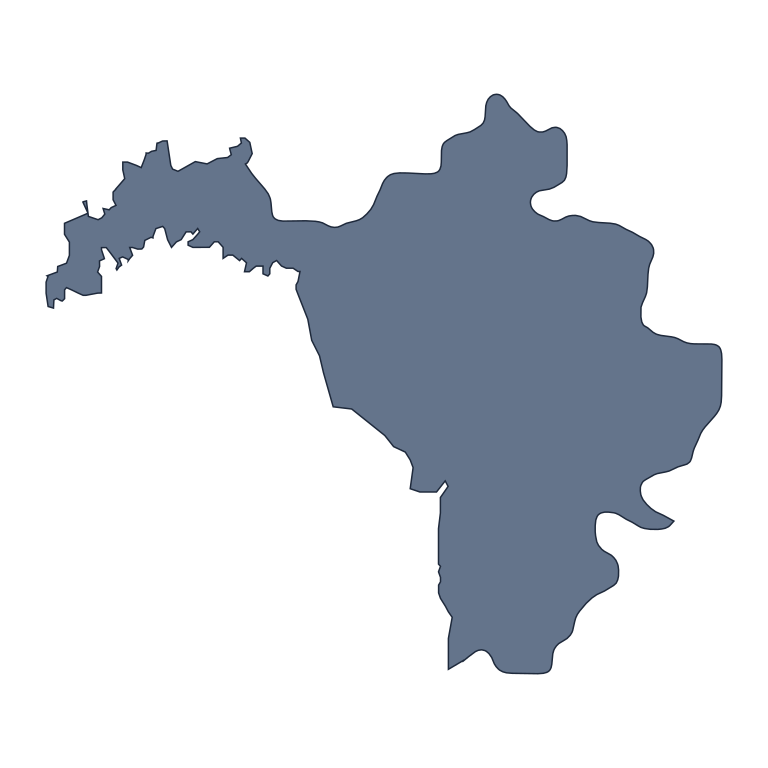 Comendador, La Estrelleta, Dominican Republic
{"feature_id": "3306468B70878351440693", "entity_name": "Comendador", "entity_type": "district", "adm_level": 2, "iso_a3": "DOM", "parent_name": "Dominican Republic", "parent_adm1": "La Estrelleta", "projection": "robinson", "projection_center": [-71.739, 18.919], "detail": "fine", "context": "isolated", "style": "filled", "palette": "slate", "viewbox_px": 768, "rotation_deg": 0, "n_neighbors": 0, "source": "geoboundaries", "source_scale": "gbopen_adm2", "svg_char_len": 6082}
<svg xmlns="http://www.w3.org/2000/svg" viewBox="0 0 768 768"><path d="M247.3,162.9L248.3,161.3L252.2,153.6L251.5,150.4L249.8,142.4L245.0,138.1L240.4,138.1L241.4,143.0L237.5,146.3L229.6,148.2L230.1,150.4L231.3,154.7L227.6,157.5L217.3,158.6L207.1,163.9L195.3,161.6L178.0,171.3L172.6,169.1L170.8,165.4L167.1,140.9L162.6,141.0L157.8,143.2L157.2,143.0L156.9,143.7L156.1,150.4L151.6,151.3L148.4,153.2L146.1,153.0L146.1,154.3L144.2,159.9L141.2,167.6L136.4,165.4L127.6,162.1L122.8,162.1L122.8,169.9L124.0,175.3L124.7,178.7L115.6,189.2L115.7,189.4L113.6,191.5L113.1,192.1L113.1,199.8L113.6,200.7L116.0,205.4L111.2,207.6L109.2,209.8L103.1,208.5L104.8,214.1L101.8,217.8L98.1,219.7L88.4,216.4L88.0,213.2L82.9,215.4L64.5,223.3L64.5,228.7L64.5,231.1L64.5,234.3L69.4,242.1L69.4,255.4L66.5,263.2L57.7,266.5L57.3,272.0L47.0,275.8L48.0,276.5L46.1,282.1L46.1,293.2L48.1,306.5L53.5,308.1L53.9,299.9L56.7,298.4L61.2,300.8L62.3,301.0L64.6,298.7L64.6,289.8L66.5,287.6L71.4,289.8L78.2,293.1L83.1,295.3L86.0,295.3L91.3,294.3L97.7,293.1L101.5,293.0L101.5,276.4L97.6,272.0L99.6,266.4L99.5,261.8L99.5,260.9L104.4,258.7L103.9,257.0L101.5,249.8L101.5,247.6L106.3,247.6L110.7,253.3L118.0,263.1L116.1,268.6L116.9,270.0L119.0,267.0L121.6,265.1L119.2,258.4L122.6,256.9L128.3,259.5L128.2,260.8L129.7,258.6L132.6,255.3L129.7,247.5L132.6,247.5L137.7,249.1L141.8,249.0L143.6,247.0L144.8,240.4L151.0,237.3L153.0,237.9L153.0,236.4L155.9,228.6L162.7,226.4L164.7,228.6L167.6,239.7L171.5,247.4L176.4,241.9L181.2,239.6L186.1,231.9L190.9,231.8L192.9,234.1L197.7,228.5L199.7,231.8L197.8,234.1L192.9,239.6L188.1,241.8L188.1,242.5L188.1,243.7L188.1,244.1L188.1,245.2L192.9,247.4L209.4,247.3L214.3,241.8L218.2,241.8L223.1,247.3L223.1,258.4L228.0,255.1L232.8,255.1L239.6,260.6L241.6,258.4L246.5,262.8L246.3,263.7L244.5,271.7L249.4,271.7L253.3,268.3L256.2,266.1L263.0,266.1L263.0,273.8L267.9,276.0L268.5,275.3L269.8,273.8L269.8,268.3L272.7,262.7L276.6,260.5L281.5,266.0L286.3,268.2L293.1,268.2L298.0,271.5L300.0,271.5L298.0,281.5L296.1,284.9L296.1,289.3L297.9,294.0L307.8,319.2L311.7,340.3L319.5,355.8L322.6,368.9L323.4,372.4L333.2,406.8L351.7,409.0L384.8,435.5L388.3,439.9L393.6,446.6L405.3,452.1L410.2,459.9L413.1,467.6L410.2,488.7L419.9,492.0L436.5,492.0L445.2,480.9L448.1,486.4L445.7,489.9L440.4,497.5L440.4,513.0L438.5,528.6L438.5,564.1L440.5,566.3L438.5,571.8L440.5,577.4L440.5,581.8L438.6,585.1L438.6,592.9L440.5,598.4L445.4,606.2L448.3,611.7L452.2,617.3L448.4,638.4L448.4,669.3L463.3,660.5L463.3,661.0L468.7,656.6L475.4,651.6L478.3,650.3L481.7,649.8L485.0,650.6L486.4,651.4L488.9,653.5L491.7,657.5L494.3,663.8L496.1,666.6L498.3,669.0L499.6,670.1L502.8,671.8L506.4,672.8L512.2,673.3L537.9,673.7L543.3,673.3L546.7,672.4L548.2,671.6L549.5,670.5L550.4,669.1L551.1,667.6L551.8,664.3L552.8,653.7L553.8,650.2L554.5,648.7L556.4,645.9L558.7,643.6L567.0,638.5L570.4,635.0L572.1,632.1L572.7,630.4L574.7,621.5L575.7,617.9L577.4,614.3L579.7,611.0L586.2,603.3L592.0,597.9L596.8,594.6L604.5,591.0L613.8,585.3L616.2,583.1L617.7,579.9L618.5,576.1L618.6,570.0L618.1,565.8L617.5,563.8L615.9,560.3L613.8,557.6L611.4,555.3L604.3,551.3L601.7,549.3L598.5,545.4L596.8,541.9L595.6,535.9L595.2,531.8L595.2,525.7L595.8,520.0L597.1,516.5L598.2,514.9L599.7,513.7L601.3,512.9L604.7,512.1L608.4,512.1L614.0,512.8L615.8,513.3L619.1,514.8L626.1,519.2L632.3,522.3L638.0,525.8L640.9,527.4L644.6,528.5L650.2,529.3L657.9,529.4L661.6,529.0L665.1,528.3L668.3,526.8L669.6,525.8L673.9,521.1L663.3,515.3L655.5,511.7L650.9,508.4L646.7,504.4L643.1,499.9L641.4,496.4L640.8,494.6L640.3,490.9L640.4,487.3L640.8,485.6L642.3,482.5L643.4,481.2L645.9,479.5L654.1,474.8L657.2,473.6L665.8,471.9L669.2,471.0L677.9,466.9L687.0,464.1L689.5,462.2L690.4,461.0L691.6,458.0L693.2,451.3L694.3,448.1L697.9,440.3L700.7,433.5L702.7,430.1L705.1,426.9L714.4,416.4L716.8,413.3L718.9,409.9L720.4,406.1L721.2,402.1L721.6,395.8L721.9,359.6L721.6,353.7L720.8,350.1L720.1,348.4L719.1,346.9L717.7,345.8L716.2,345.0L714.6,344.5L711.2,344.0L694.4,343.9L690.6,343.6L687.0,342.9L683.7,341.7L677.9,338.7L674.7,337.5L671.3,336.8L660.8,335.4L657.4,334.5L655.8,333.9L652.9,332.2L647.7,327.8L644.2,325.8L643.2,324.8L641.8,322.0L640.9,317.0L641.0,307.2L642.6,302.6L645.4,296.5L646.6,292.9L647.4,286.9L648.0,274.2L648.7,268.1L649.7,264.3L652.9,256.8L653.7,253.4L653.6,249.8L653.2,248.0L651.7,244.9L650.7,243.6L648.4,241.2L645.6,239.4L639.7,236.5L632.5,232.3L626.2,229.4L619.1,225.4L615.7,224.1L610.1,223.2L598.6,222.5L592.9,221.8L589.4,220.7L580.7,216.5L575.6,215.4L572.2,215.5L568.8,216.0L565.7,217.1L561.6,219.3L558.8,220.5L557.2,220.9L553.8,221.0L552.1,220.7L549.1,219.6L543.5,216.6L538.9,214.6L537.4,213.8L534.8,211.7L532.6,209.2L531.7,207.7L531.0,206.1L530.6,204.2L530.4,202.3L530.6,200.4L531.1,198.6L531.8,197.0L533.8,194.3L536.4,192.2L539.4,190.8L549.4,189.1L554.0,187.3L562.0,182.5L564.4,180.3L565.2,178.7L565.9,177.1L566.6,173.5L567.1,165.5L567.1,144.7L566.8,140.6L566.1,136.7L564.6,133.3L562.5,130.6L559.9,128.5L556.8,127.4L555.2,127.3L552.0,127.8L545.5,131.1L542.6,132.0L539.3,132.0L537.6,131.7L534.3,130.0L529.9,126.3L517.5,113.4L510.9,108.0L509.0,105.7L506.7,101.6L504.9,99.0L502.7,96.7L500.0,95.0L498.3,94.5L496.6,94.3L494.9,94.5L493.2,94.9L490.4,96.7L488.2,99.2L486.7,102.3L485.8,105.8L485.1,116.7L484.5,120.1L483.1,123.1L480.9,125.4L474.4,129.6L470.1,131.9L466.8,132.8L458.2,134.4L455.1,135.5L447.0,140.5L444.6,142.3L443.5,143.6L442.7,145.2L442.1,146.9L441.5,150.5L441.3,162.2L441.0,165.9L439.9,169.3L438.9,170.8L437.6,172.0L434.4,173.3L430.9,173.8L425.3,173.9L407.5,173.0L399.7,172.9L394.0,173.5L390.4,174.7L387.6,176.6L386.4,177.8L384.3,180.4L382.6,183.5L380.0,190.0L377.0,196.2L373.6,204.6L370.7,209.5L366.9,213.9L362.7,217.7L359.5,219.6L356.2,220.8L346.3,223.3L340.6,226.0L337.7,227.1L334.4,227.4L331.1,226.9L328.2,225.8L322.6,222.9L319.1,221.9L315.4,221.3L305.7,220.8L283.0,221.1L278.2,220.4L275.3,219.0L274.1,217.9L273.1,216.6L272.5,215.0L271.8,211.8L271.0,202.9L270.4,199.2L269.8,197.4L268.2,193.8L264.7,188.9L255.4,178.1L251.6,173.3L245.4,164.0L247.3,162.9ZM88.0,213.2L86.9,204.8L86.5,200.9L83.0,201.8L82.9,202.1L88.0,213.2Z" fill="#64748b" stroke="#1e293b" stroke-width="1.5"/></svg>